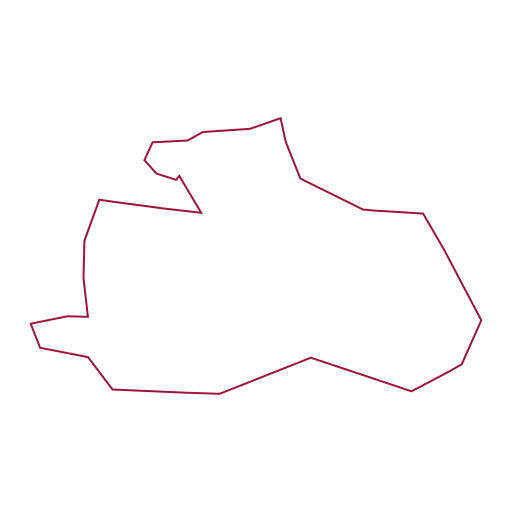 outline of Gurvansaixan, Dundgovi, Mongolia
{"feature_id": "93677404B69080811901950", "entity_name": "Gurvansaixan", "entity_type": "district", "adm_level": 2, "iso_a3": "MNG", "parent_name": "Mongolia", "parent_adm1": "Dundgovi", "projection": "robinson", "projection_center": [107.027, 45.584], "detail": "fine", "context": "isolated", "style": "outline", "palette": "rose", "viewbox_px": 512, "rotation_deg": 0, "n_neighbors": 0, "source": "geoboundaries", "source_scale": "gbopen_adm2", "svg_char_len": 574}
<svg xmlns="http://www.w3.org/2000/svg" viewBox="0 0 512 512"><path d="M423.1,213.6L388.8,211.4L376.8,210.8L363.1,209.6L300.4,178.6L285.7,141.8L280.6,118.2L250.1,128.8L202.8,132.0L187.7,140.5L152.6,142.3L144.4,160.2L156.6,173.6L176.1,179.8L179.3,175.9L201.2,212.8L162.9,208.4L114.3,201.9L99.3,199.7L84.4,240.8L83.5,278.2L87.9,316.8L67.2,316.3L30.7,323.7L40.1,347.8L81.7,355.9L88.1,357.2L112.5,389.5L185.6,392.7L219.6,393.8L310.8,357.7L314.1,358.8L411.5,391.3L450.4,370.8L461.7,364.3L481.3,320.3L443.8,249.2L423.1,213.6Z" fill="none" stroke="#9f1239" stroke-width="2"/></svg>